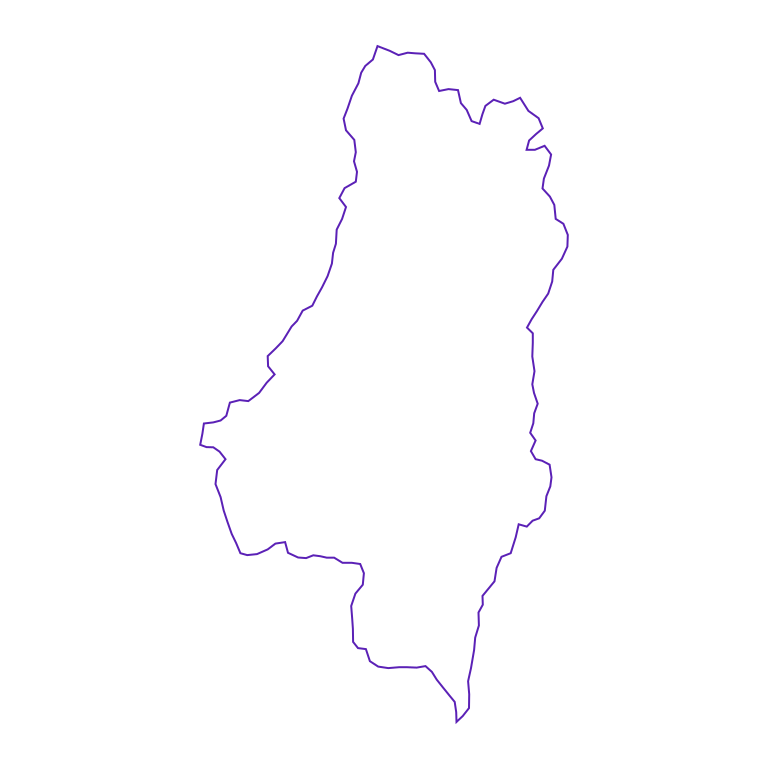 Durandé, Minas Gerais, Brazil
{"feature_id": "56859067B98935332185461", "entity_name": "Durandé", "entity_type": "district", "adm_level": 2, "iso_a3": "BRA", "parent_name": "Brazil", "parent_adm1": "Minas Gerais", "projection": "equal_earth", "projection_center": [-41.796, -20.15], "detail": "fine", "context": "isolated", "style": "outline", "palette": "violet", "viewbox_px": 768, "rotation_deg": 0, "n_neighbors": 0, "source": "geoboundaries", "source_scale": "gbopen_adm2", "svg_char_len": 2304}
<svg xmlns="http://www.w3.org/2000/svg" viewBox="0 0 768 768"><path d="M528.4,110.9L520.1,97.8L513.2,101.2L504.9,103.7L493.7,99.7L485.4,105.9L482.4,114.3L479.6,123.9L471.6,121.1L466.7,109.9L460.9,103.1L458.0,90.1L448.5,89.1L439.1,91.0L435.2,81.8L434.9,70.1L430.8,62.3L424.1,53.8L415.1,53.3L407.7,52.7L398.5,55.1L389.7,50.8L377.5,46.1L372.9,59.5L365.3,65.9L361.2,72.7L358.4,83.3L351.9,95.7L347.5,108.6L343.6,118.6L346.0,130.3L354.3,139.9L355.8,152.2L354.0,161.3L357.0,171.8L355.8,181.7L344.6,188.1L339.3,198.1L346.0,207.0L342.1,218.9L336.7,229.6L335.9,243.8L333.1,252.8L331.9,263.6L327.6,276.1L322.0,287.4L316.9,296.5L312.3,305.7L302.7,310.6L297.1,320.8L291.6,326.5L286.9,334.2L282.6,341.2L275.7,348.4L267.7,356.1L268.1,366.3L274.6,374.4L266.7,382.7L259.1,392.9L248.3,401.1L239.7,400.1L229.9,402.6L226.3,415.8L220.6,420.5L213.3,422.4L203.9,423.5L202.4,433.7L200.2,444.8L206.5,447.1L213.3,447.3L219.5,451.6L225.5,459.2L217.2,470.0L215.5,484.1L220.6,497.1L223.7,510.5L227.4,521.7L231.7,533.9L236.1,543.0L240.4,553.2L247.2,555.1L257.0,554.1L267.7,549.4L275.4,543.6L285.1,542.1L288.0,552.8L298.1,557.5L306.1,558.1L313.3,555.3L320.2,556.2L326.9,557.7L334.2,557.7L342.5,562.8L351.8,562.8L360.2,564.0L363.9,573.2L362.8,584.7L355.4,593.6L351.2,606.0L352.2,618.7L352.9,628.9L353.1,641.9L358.0,648.1L365.9,649.1L369.9,661.2L378.2,666.6L388.3,668.1L399.2,667.2L406.8,667.2L416.7,667.6L425.5,666.1L431.9,671.9L436.7,679.6L442.9,687.4L449.6,695.7L454.7,701.9L456.2,712.1L456.5,721.9L462.7,716.1L469.0,708.1L469.2,694.2L468.1,681.2L471.0,668.1L474.1,650.0L475.2,637.6L478.9,625.5L478.5,612.5L482.8,604.7L482.5,595.9L494.5,581.3L496.6,567.9L501.5,556.8L510.7,553.2L515.7,537.3L518.7,524.3L526.8,526.6L532.6,520.7L539.2,518.3L544.8,510.7L546.4,496.2L550.3,486.4L551.5,477.3L549.6,464.7L542.0,460.7L535.6,459.2L530.9,451.1L535.6,440.5L530.2,432.8L533.3,423.3L534.2,413.3L537.7,403.7L534.0,392.9L532.3,384.3L534.5,371.2L532.3,356.5L532.8,342.9L532.8,333.3L527.0,327.6L531.6,319.3L537.0,311.0L542.5,301.9L548.2,293.6L552.2,281.5L553.3,269.8L561.9,258.7L567.4,246.6L567.8,234.9L563.4,223.8L555.7,218.9L554.3,204.9L549.9,196.6L542.5,188.5L543.9,178.6L549.0,165.6L551.1,154.5L544.6,145.8L534.9,149.8L526.6,149.8L529.1,140.5L536.0,134.1L542.8,128.4L538.6,118.2L528.4,110.9Z" fill="none" stroke="#5b21b6" stroke-width="2"/></svg>